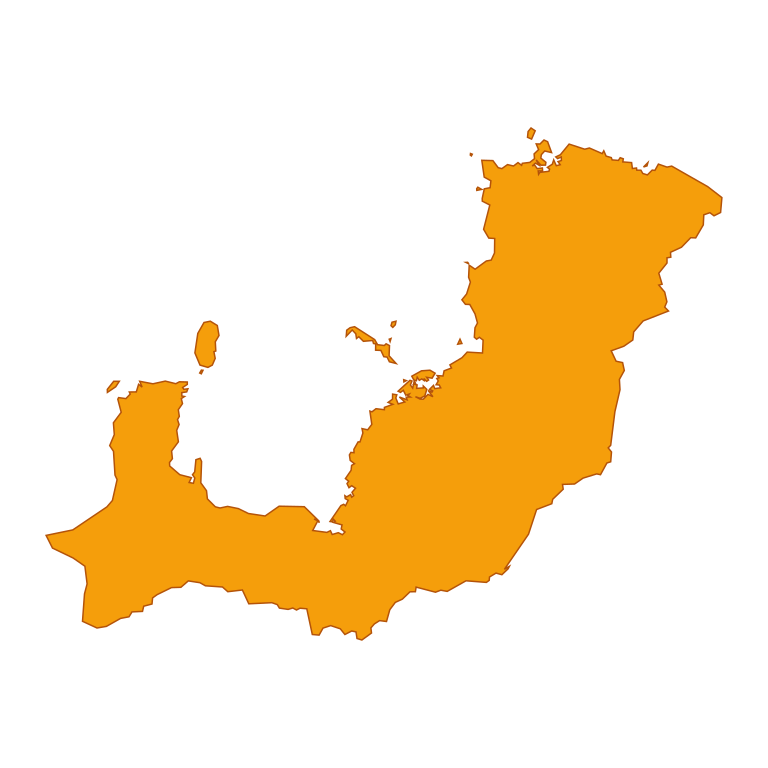 the district of Toli-Toli, Sulawesi Tengah, Indonesia
{"feature_id": "22746128B86630799177927", "entity_name": "Toli-Toli", "entity_type": "district", "adm_level": 2, "iso_a3": "IDN", "parent_name": "Indonesia", "parent_adm1": "Sulawesi Tengah", "projection": "albers", "projection_center": [120.606, 0.981], "detail": "fine", "context": "isolated", "style": "filled", "palette": "amber", "viewbox_px": 768, "rotation_deg": 0, "n_neighbors": 0, "source": "geoboundaries", "source_scale": "gbopen_adm2", "svg_char_len": 6137}
<svg xmlns="http://www.w3.org/2000/svg" viewBox="0 0 768 768"><path d="M720.6,212.5L721.9,197.6L707.8,186.7L671.7,166.1L667.0,167.1L658.4,164.1L654.9,170.4L652.2,170.1L647.4,174.9L642.8,173.5L640.9,170.2L636.8,170.2L636.5,168.0L632.4,168.5L631.6,162.6L622.8,161.9L623.3,158.8L620.2,157.7L618.4,160.4L612.1,159.9L611.3,157.6L606.1,156.1L603.8,150.8L602.2,153.6L589.4,148.0L584.7,149.2L569.1,144.1L560.4,154.7L555.8,156.9L557.6,158.6L561.3,157.0L561.4,160.5L558.0,161.6L560.2,164.7L556.3,165.7L553.7,159.9L552.3,164.2L547.4,167.4L549.6,169.1L548.9,171.3L539.9,172.4L538.6,174.3L538.2,170.9L542.6,170.9L542.4,168.0L537.2,168.6L534.5,164.9L532.2,166.0L535.4,163.1L539.0,165.2L536.2,159.9L540.9,165.2L545.5,165.1L545.9,162.3L540.8,158.1L541.4,154.6L544.7,151.0L551.6,152.6L547.6,141.7L544.0,140.0L540.0,144.0L536.2,143.9L538.6,149.6L534.1,153.9L534.5,158.7L529.8,162.4L522.3,163.3L521.6,165.3L518.0,162.6L513.5,166.0L507.5,164.6L501.9,168.6L498.2,167.7L492.9,160.6L481.8,160.3L484.2,177.1L490.9,180.8L490.1,187.7L484.3,188.8L482.2,198.5L482.3,201.2L489.8,205.0L483.6,229.3L488.8,238.1L494.7,238.5L494.5,253.0L491.2,260.1L486.3,261.0L475.1,269.2L469.2,265.2L468.6,277.3L470.4,282.1L466.6,294.0L461.9,299.8L465.4,304.3L469.8,304.5L475.0,313.9L477.5,323.0L475.0,327.7L474.3,337.2L476.6,339.2L479.4,337.3L483.1,340.1L482.5,353.0L467.2,352.1L462.0,357.7L449.9,364.9L451.5,368.0L444.1,370.8L443.0,376.0L437.2,375.6L439.0,377.8L436.8,378.5L438.3,380.9L436.1,384.7L439.2,385.0L440.7,387.8L434.7,388.6L433.5,385.4L429.6,389.3L432.7,390.9L431.9,392.2L428.2,390.5L432.9,396.7L428.0,394.4L423.3,399.2L420.1,399.1L415.4,396.7L420.1,398.3L424.8,395.9L426.8,389.4L423.3,386.0L423.3,387.9L416.6,388.4L417.1,384.9L414.2,384.2L415.6,383.6L414.3,380.7L412.7,388.1L410.4,385.0L412.0,381.0L410.0,380.3L398.1,391.2L400.5,392.4L403.3,390.3L405.8,395.2L409.3,394.0L408.0,395.7L410.3,397.0L406.2,397.2L407.1,399.8L399.4,397.0L404.8,402.0L398.2,403.9L395.8,398.0L396.8,394.8L392.6,394.1L392.5,399.2L388.1,402.4L392.8,404.3L384.4,407.4L384.4,409.7L376.0,408.7L372.0,411.8L369.9,411.1L371.8,424.4L367.7,429.8L362.0,428.6L362.9,433.0L360.0,441.9L358.1,441.9L353.9,449.3L354.0,452.7L350.9,452.4L349.4,454.9L350.2,460.4L354.5,463.7L351.6,465.4L351.1,470.3L345.4,478.6L348.7,481.2L347.0,483.6L349.0,487.7L351.7,485.7L355.5,488.2L352.0,492.3L353.7,495.7L351.7,497.2L350.6,494.6L346.7,496.9L344.9,495.7L345.2,498.6L348.2,500.3L345.5,505.8L343.7,504.3L340.9,505.6L330.0,521.5L332.6,521.9L333.3,519.1L335.3,521.2L333.6,522.5L342.0,524.9L341.2,529.0L345.0,532.0L342.4,534.7L338.3,532.7L332.2,534.5L330.4,530.7L326.9,532.4L312.7,530.5L317.8,520.8L314.0,519.0L317.8,520.4L319.3,522.7L318.8,520.9L304.3,506.7L279.1,506.2L265.1,516.0L248.4,513.5L238.4,508.6L227.6,506.4L220.0,508.0L215.3,506.8L207.4,498.9L206.5,490.7L200.8,482.8L201.6,461.5L200.1,458.3L195.9,459.7L194.7,471.9L192.5,474.7L194.8,478.0L193.4,483.3L189.1,482.5L191.4,477.7L179.8,474.7L169.7,466.0L169.5,462.5L172.4,458.7L171.6,451.0L178.4,441.8L176.7,430.3L179.1,424.5L177.5,419.6L179.3,416.4L178.3,409.7L182.5,403.6L181.3,398.6L184.5,396.5L181.8,396.0L181.8,392.6L186.7,391.9L187.9,388.8L183.8,389.3L182.6,387.5L187.3,384.4L187.3,382.0L179.4,381.8L175.8,383.7L165.3,381.1L152.9,383.8L139.7,381.3L142.1,387.1L138.6,384.3L136.3,391.9L129.3,392.0L130.2,394.1L125.9,398.6L118.6,397.6L117.8,399.2L121.2,412.3L113.4,422.8L114.3,434.6L109.7,445.6L113.5,451.3L115.0,475.1L117.1,479.6L112.4,500.5L106.9,506.9L72.8,529.9L46.1,535.4L52.5,548.1L73.1,558.0L84.9,566.2L87.1,583.9L84.5,593.9L82.5,621.3L97.0,628.0L106.4,626.4L120.6,618.4L129.0,616.8L132.0,611.9L142.5,611.4L143.7,606.2L152.0,604.0L152.6,597.9L157.2,594.6L171.5,587.6L180.9,587.3L188.3,580.9L199.9,582.7L205.4,585.8L222.5,587.0L227.8,591.7L242.4,590.0L248.8,603.8L271.9,602.7L277.3,604.6L279.4,608.1L288.1,609.4L292.8,608.0L296.5,610.0L300.0,608.2L306.8,608.8L312.3,634.5L319.1,635.1L323.0,628.1L330.7,625.6L340.3,628.8L344.9,634.5L351.7,631.0L356.0,631.9L357.0,638.5L361.9,640.0L371.5,633.0L370.9,627.9L374.4,623.9L379.6,620.6L386.5,621.5L389.8,609.7L395.3,602.4L402.4,599.1L410.0,591.8L415.4,591.7L416.1,587.1L435.5,592.2L440.8,590.2L447.2,591.4L466.0,580.8L486.4,582.4L489.2,580.4L489.5,577.0L496.0,573.1L501.9,574.7L508.1,568.8L509.4,566.3L504.4,569.3L528.5,534.2L536.6,509.5L551.8,503.7L552.7,499.3L563.2,489.2L562.5,484.4L574.6,484.0L583.1,478.1L596.7,473.9L600.5,474.7L606.9,463.0L610.7,461.8L611.5,452.0L608.2,447.9L610.7,445.3L614.9,411.7L620.0,389.7L619.4,379.4L624.3,370.5L622.6,362.6L616.1,361.2L611.2,350.8L623.9,346.2L632.8,340.0L633.7,331.9L643.2,320.9L668.5,311.0L664.7,307.1L666.9,301.8L664.7,292.1L658.8,285.1L662.1,284.2L658.8,273.2L667.0,263.0L667.0,257.8L670.8,257.2L670.5,252.3L681.5,247.2L690.7,237.7L695.7,237.9L703.3,224.9L703.8,214.8L709.9,212.7L714.0,215.8L720.6,212.5ZM215.8,351.0L215.3,341.8L219.0,335.5L217.3,325.5L210.3,321.2L204.0,322.5L197.8,333.4L194.9,352.9L200.0,365.1L207.9,367.4L212.3,365.1L215.2,358.4L213.9,351.7L215.8,351.0ZM374.7,339.6L354.6,326.7L350.1,327.7L346.7,330.2L346.2,336.3L352.2,330.0L355.8,333.8L356.5,338.5L358.8,336.7L363.4,341.3L372.7,340.5L373.5,343.5L375.7,343.9L375.6,350.2L380.9,350.4L383.8,356.7L387.1,357.1L389.4,361.8L396.1,363.5L389.1,355.8L389.5,345.6L386.1,343.8L384.3,345.5L377.6,344.7L374.7,339.6ZM432.1,378.2L435.1,373.2L430.0,370.2L421.5,370.8L411.8,376.2L413.9,380.1L416.4,380.7L417.2,377.2L419.3,380.3L421.8,378.9L425.0,381.2L423.7,378.5L426.7,381.3L428.6,380.0L426.7,377.3L432.1,378.2ZM531.6,139.1L535.2,130.8L531.0,128.0L528.1,131.5L527.5,137.3L531.6,139.1ZM107.4,392.4L115.7,386.8L119.3,381.3L113.7,381.3L107.3,389.4L107.4,392.4ZM392.8,327.4L395.3,324.8L396.0,321.2L392.0,322.2L391.0,325.7L392.8,327.4ZM457.7,344.2L461.9,343.5L460.0,339.2L457.7,344.2ZM481.7,189.4L477.8,187.2L476.7,188.7L476.8,190.4L481.7,189.4ZM643.5,167.0L647.0,165.9L647.9,162.6L643.5,167.0ZM203.0,370.3L201.4,370.1L199.7,373.0L201.3,373.8L203.0,370.3ZM390.1,341.5L391.0,338.5L389.2,339.2L390.1,341.5ZM406.3,380.6L403.7,379.7L403.9,381.9L406.3,380.6ZM472.3,154.2L470.5,153.5L470.3,155.1L471.4,155.9L472.3,154.2ZM468.9,263.9L467.6,262.3L465.9,262.4L468.9,263.9Z" fill="#f59e0b" stroke="#b45309" stroke-width="1.5"/></svg>